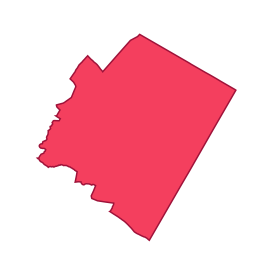 the district of Wundanyi, Coast, Kenya, rotated 120°
{"feature_id": "3690345B46260760479849", "entity_name": "Wundanyi", "entity_type": "district", "adm_level": 2, "iso_a3": "KEN", "parent_name": "Kenya", "parent_adm1": "Coast", "projection": "albers", "projection_center": [38.338, -3.299], "detail": "fine", "context": "isolated", "style": "filled", "palette": "rose", "viewbox_px": 256, "rotation_deg": 120, "n_neighbors": 0, "source": "geoboundaries", "source_scale": "gbopen_adm2", "svg_char_len": 5399}
<svg xmlns="http://www.w3.org/2000/svg" viewBox="0 0 256 256"><g transform="rotate(120 128 128)"><path d="M201.3,146.7L199.5,144.3L198.2,141.8L198.8,141.3L199.0,140.9L199.2,140.5L199.5,139.9L199.6,139.2L199.6,138.7L199.4,138.1L199.2,137.7L198.7,137.5L198.1,137.2L197.6,136.8L197.2,136.4L196.9,135.8L196.7,135.4L196.5,134.9L196.2,134.4L196.0,133.9L195.8,133.5L195.7,133.0L195.7,132.4L195.6,131.9L195.6,131.4L195.5,130.8L195.1,130.6L194.6,130.4L194.3,129.8L194.1,129.3L194.1,128.6L194.1,127.9L194.2,127.2L199.7,126.4L205.2,125.9L206.2,125.0L207.1,124.1L206.7,121.1L206.3,118.1L203.3,110.4L200.2,102.8L200.9,102.5L201.6,102.2L202.1,102.1L202.6,102.1L203.0,102.1L203.8,102.1L204.4,102.0L204.9,101.7L205.3,101.6L205.8,101.7L206.5,101.7L207.2,101.7L207.7,101.7L208.2,101.7L208.8,101.7L209.4,102.1L209.7,96.9L209.9,91.7L210.1,90.2L210.2,88.8L210.4,87.3L210.5,85.9L210.6,84.9L210.8,83.8L210.9,83.1L211.1,82.4L211.3,81.4L211.6,80.4L211.8,79.5L212.1,78.6L212.4,77.5L212.7,76.5L213.1,75.1L213.6,73.7L214.0,72.6L214.4,71.6L214.6,71.0L214.8,70.4L214.8,69.6L214.9,68.7L214.9,67.8L214.9,66.9L214.8,66.4L214.7,65.9L214.7,65.2L214.7,64.4L214.6,63.9L214.6,63.4L214.6,62.6L214.5,61.6L214.4,61.1L214.4,60.5L214.3,59.9L214.2,59.4L214.0,58.9L214.0,58.3L214.0,57.6L214.0,57.1L214.0,56.4L214.2,55.7L214.3,55.1L214.4,54.6L214.5,54.0L214.6,53.4L197.8,53.4L181.1,53.4L174.4,53.4L167.8,53.4L150.6,53.4L133.5,53.3L87.4,53.5L41.3,53.5L41.2,55.0L41.2,56.5L41.2,58.0L41.2,59.5L41.2,65.3L41.2,71.0L41.1,76.1L41.1,81.2L41.1,82.6L41.1,84.0L41.2,89.2L41.2,94.4L41.2,98.6L41.2,102.8L41.2,105.3L41.1,107.7L41.1,110.1L41.1,112.5L41.1,114.8L41.1,117.1L41.1,119.5L41.1,121.8L41.1,124.2L41.1,126.7L41.1,127.7L41.1,128.7L41.1,130.1L41.1,131.4L41.1,133.7L41.1,136.0L41.1,138.4L41.1,140.8L41.1,142.8L41.1,144.8L41.1,145.5L41.1,146.2L41.1,147.8L41.1,149.4L41.1,151.3L41.1,153.2L41.1,154.4L41.1,155.6L41.1,156.2L41.1,157.6L41.1,158.8L41.1,161.8L41.1,164.7L42.6,165.1L44.0,165.4L47.5,167.6L50.9,169.7L71.4,173.9L91.9,178.0L91.7,178.4L91.5,179.0L91.3,179.4L91.2,179.8L91.0,180.5L90.8,181.2L90.5,181.8L90.3,182.2L90.1,182.7L89.9,183.1L89.7,183.6L89.5,184.0L89.0,185.3L88.5,186.6L88.4,187.2L88.2,188.0L88.1,188.9L88.0,189.6L87.9,190.2L87.8,190.9L87.6,191.5L87.4,191.9L87.3,192.4L87.2,193.0L87.1,193.8L87.0,194.2L86.9,194.7L86.8,195.1L86.6,195.8L86.4,196.4L86.2,197.1L85.9,198.2L85.6,199.0L88.1,199.6L90.6,200.1L91.6,200.4L92.7,200.6L93.3,200.7L94.0,200.8L94.6,201.0L95.2,201.2L95.6,201.3L96.4,201.5L97.3,201.8L97.8,201.9L98.3,201.9L99.0,201.9L99.7,201.9L100.2,201.9L100.7,201.9L101.6,201.9L102.3,202.0L102.8,202.1L103.3,202.1L103.9,202.2L104.4,202.2L104.9,202.0L105.5,201.9L106.2,202.0L106.8,202.1L107.3,202.1L108.4,202.2L109.4,202.3L111.9,202.5L114.4,202.7L114.9,200.5L115.5,198.1L115.8,197.5L116.2,196.8L116.6,196.1L116.9,195.5L117.2,195.0L117.5,194.6L118.0,194.2L118.4,193.8L122.6,193.3L126.8,192.7L128.4,192.5L129.9,192.3L134.3,194.3L138.7,196.4L140.3,198.0L142.0,199.7L142.9,200.6L143.8,201.5L144.3,201.2L144.8,200.7L145.2,200.2L145.5,199.7L145.6,199.2L146.1,197.4L146.4,195.9L147.6,195.9L148.8,195.9L149.6,195.9L150.5,195.9L151.6,195.9L152.8,195.9L153.2,196.1L153.6,196.6L153.8,193.9L153.8,191.3L155.0,191.3L156.2,191.3L156.7,192.3L157.4,193.6L157.7,194.2L157.9,194.6L158.1,194.9L158.4,195.5L158.7,195.9L159.2,196.3L160.0,196.2L160.7,196.4L161.3,196.4L161.6,195.9L162.0,195.4L162.4,195.2L163.0,195.2L163.6,195.5L164.1,195.5L164.5,195.3L165.0,195.7L165.6,196.2L166.0,196.0L166.4,195.6L166.9,195.1L167.3,194.7L167.8,194.8L168.3,195.0L169.0,195.2L169.4,195.3L169.8,195.7L170.4,195.8L170.7,195.4L171.2,195.1L171.7,194.9L172.2,194.7L172.8,194.4L173.2,194.2L173.7,194.1L174.4,194.0L175.1,194.1L175.7,194.0L176.2,194.0L176.7,193.9L177.3,193.5L177.7,193.1L178.0,192.7L178.5,192.6L179.3,192.8L180.1,193.0L180.6,193.6L181.2,193.9L181.7,194.4L182.2,194.8L183.0,194.8L183.4,194.6L183.9,194.4L184.4,194.3L184.7,194.6L185.0,195.0L185.4,195.5L185.9,195.8L186.5,196.0L187.3,196.1L188.0,195.8L188.4,195.4L188.7,194.9L188.9,194.3L189.0,193.6L188.8,193.0L188.6,192.5L188.4,191.7L188.0,191.1L187.7,190.7L187.6,190.1L187.6,189.6L187.7,189.1L187.8,188.5L188.5,188.4L189.0,188.2L189.6,188.2L190.1,188.6L190.7,188.6L191.4,188.4L192.1,188.4L192.5,188.8L192.9,189.2L193.3,189.5L193.8,189.8L194.3,190.2L195.0,190.2L195.6,190.2L196.1,190.3L196.5,190.4L197.0,190.4L197.6,190.3L198.4,190.2L198.9,190.5L199.1,191.0L199.4,191.4L199.6,190.7L199.4,190.0L199.5,189.6L199.8,189.0L200.2,188.5L200.4,188.1L200.6,187.5L200.8,186.8L200.7,186.2L200.7,185.7L200.7,185.1L200.7,184.5L201.0,183.6L201.2,183.0L201.4,182.4L201.5,181.9L201.4,181.2L201.4,180.8L201.5,180.1L201.5,179.4L201.5,178.9L201.5,178.5L201.7,178.0L201.9,177.4L201.4,177.2L201.0,176.9L200.5,176.4L200.1,175.8L200.0,175.2L199.8,174.6L199.3,174.1L198.9,173.8L198.9,173.2L198.9,172.7L198.4,172.3L198.0,172.0L197.6,171.8L197.3,171.5L197.0,171.0L196.5,170.5L196.0,170.2L195.7,169.7L195.2,169.7L194.7,169.3L194.4,168.9L194.4,168.4L194.0,168.1L193.4,168.0L193.1,167.5L193.0,166.8L192.7,166.3L192.7,165.9L192.8,165.4L192.7,164.9L192.2,164.3L191.9,163.8L191.7,163.3L191.3,162.9L191.3,162.4L191.2,161.8L191.1,161.2L191.2,160.7L191.1,160.3L191.1,159.7L190.9,159.1L190.7,158.5L190.8,157.9L190.9,157.3L190.8,156.7L190.8,156.3L190.9,155.8L190.9,155.1L190.9,154.5L190.9,153.8L191.2,153.1L191.2,152.5L191.2,152.0L191.3,151.4L191.3,150.7L191.3,150.2L196.2,148.4L201.3,146.7Z" fill="#f43f5e" stroke="#9f1239" stroke-width="1.5"/></g></svg>